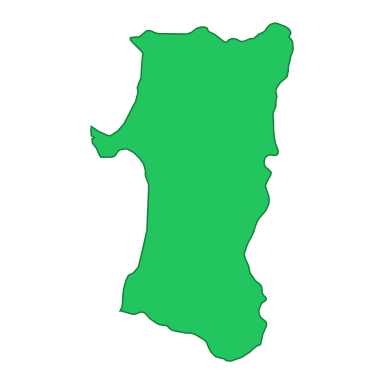 the Prefecture of Akita
{"feature_id": "JPN-1862", "entity_name": "Akita", "entity_type": "Prefecture", "adm_level": 1, "iso_a3": "JPN", "parent_name": "Japan", "parent_adm1": "", "projection": "mercator", "projection_center": [140.484, 39.686], "detail": "fine", "context": "isolated", "style": "filled", "palette": "green", "viewbox_px": 384, "rotation_deg": 0, "n_neighbors": 0, "source": "natural_earth", "source_scale": "10m", "svg_char_len": 2895}
<svg xmlns="http://www.w3.org/2000/svg" viewBox="0 0 384 384"><path d="M120.1,310.9L121.9,307.2L122.5,303.2L122.9,294.8L123.8,288.3L125.9,280.5L128.3,275.5L133.3,273.0L138.4,267.1L142.4,250.6L146.9,230.5L148.6,190.4L148.6,184.3L145.4,175.6L145.4,170.6L143.6,164.1L139.9,158.6L133.8,152.6L126.6,148.7L119.6,149.9L117.5,152.1L116.0,154.5L114.2,156.4L111.3,157.1L100.8,157.1L99.5,155.4L97.3,150.1L96.1,147.8L92.6,143.4L91.9,139.0L94.3,137.6L91.4,135.8L90.9,130.0L91.3,126.4L98.2,131.2L107.3,135.4L110.7,135.7L117.9,130.9L123.9,123.9L135.6,101.4L138.1,92.2L137.3,87.7L139.6,81.1L140.9,78.4L142.3,57.9L143.0,53.4L141.0,50.7L138.9,48.7L133.3,43.1L130.5,40.0L130.2,37.8L136.2,36.9L138.5,37.2L141.1,35.6L143.1,33.7L146.4,31.0L149.0,30.5L151.9,31.3L154.4,32.6L158.6,33.7L187.2,34.0L191.8,32.2L196.3,28.6L200.6,27.1L204.5,27.0L206.7,27.8L207.7,29.5L208.4,31.4L214.9,34.5L223.5,41.4L226.1,42.3L227.2,41.6L228.5,40.2L230.9,38.9L233.8,38.6L236.1,39.2L237.8,39.9L240.3,41.3L242.6,41.5L244.8,41.0L249.2,39.0L251.3,38.6L253.7,38.6L258.8,34.2L262.8,32.5L265.0,30.8L267.8,26.8L270.0,24.6L274.9,23.0L277.9,23.7L285.3,26.6L287.7,28.1L289.4,29.6L289.9,30.5L290.4,31.4L290.6,32.4L290.7,33.5L290.3,34.7L289.6,35.6L289.2,36.5L288.8,37.0L290.3,38.4L291.4,39.7L292.5,41.7L293.1,48.0L292.9,50.5L292.1,52.9L291.1,54.9L290.6,56.8L289.9,60.9L288.6,65.4L288.3,67.9L288.3,70.9L287.1,76.6L284.0,79.6L280.5,82.3L278.2,85.5L275.8,89.9L275.9,92.4L276.4,94.3L276.8,96.2L276.6,97.9L276.0,99.9L275.8,103.1L275.9,105.9L275.0,108.4L273.6,111.5L273.0,113.7L273.0,116.3L273.4,119.3L273.7,132.3L274.0,134.5L274.2,136.3L274.8,140.4L275.7,144.0L278.0,150.2L278.2,152.9L277.2,154.6L275.6,155.4L273.7,155.3L271.8,155.0L269.6,155.0L267.7,155.6L266.0,156.6L264.7,158.7L264.2,160.9L264.2,163.2L264.7,165.6L265.9,167.3L269.5,170.4L271.2,172.5L270.9,174.4L270.0,176.4L267.6,180.4L266.5,182.7L265.4,185.9L267.0,191.4L268.3,194.7L269.0,197.8L269.1,201.6L268.6,204.2L267.9,206.3L265.5,210.9L258.6,219.0L257.2,221.7L255.6,225.4L253.3,232.9L247.1,244.8L244.3,253.7L244.6,256.1L245.3,258.9L248.5,265.7L249.9,272.3L250.9,274.4L252.1,275.8L253.7,278.2L254.6,279.7L256.0,281.2L259.2,283.6L260.6,285.0L261.6,287.0L262.1,289.3L262.0,292.2L262.8,294.3L264.1,295.8L265.4,297.1L266.3,298.6L266.0,300.1L264.7,301.1L262.9,302.2L261.2,304.1L259.4,308.3L258.8,311.3L259.2,314.2L260.3,316.8L262.6,319.1L264.7,320.6L266.1,322.2L266.7,324.6L266.2,326.5L262.9,333.8L260.5,344.5L256.4,346.2L255.0,347.5L252.6,349.3L250.3,351.7L241.7,357.3L231.4,360.9L228.3,361.0L226.1,360.5L224.3,358.9L215.7,356.7L210.9,352.0L208.4,347.0L206.4,342.0L203.9,339.6L193.9,333.8L190.2,333.1L184.8,332.9L172.8,330.5L170.3,329.1L168.6,327.5L167.6,326.1L165.5,325.3L163.2,325.3L159.3,324.6L155.8,322.8L150.1,318.7L144.8,313.0L143.0,312.3L141.1,312.0L138.3,312.8L136.7,313.7L134.9,314.1L133.2,314.4L120.9,310.9L120.1,310.9L120.1,310.9Z" fill="#22c55e" stroke="#15803d" stroke-width="1.5"/></svg>